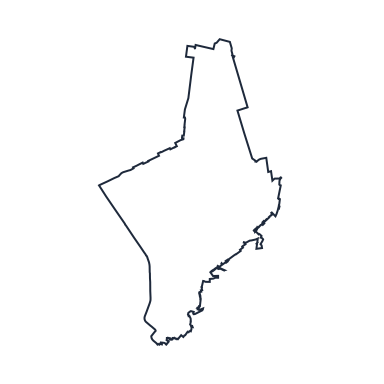 Sector 4, Bucharest, Romania, rotated 216°
{"feature_id": "2599482B40400618914194", "entity_name": "Sector 4", "entity_type": "district", "adm_level": 2, "iso_a3": "ROU", "parent_name": "Romania", "parent_adm1": "Bucharest", "projection": "mercator", "projection_center": [26.104, 44.382], "detail": "fine", "context": "isolated", "style": "outline", "palette": "slate", "viewbox_px": 384, "rotation_deg": 216, "n_neighbors": 0, "source": "geoboundaries", "source_scale": "gbopen_adm2", "svg_char_len": 5773}
<svg xmlns="http://www.w3.org/2000/svg" viewBox="0 0 384 384"><g transform="rotate(216 192 192)"><path d="M237.3,325.3L237.5,326.7L240.0,326.2L240.3,327.2L243.1,329.5L244.3,331.6L249.6,335.7L259.4,331.9L259.8,327.2L260.9,325.5L258.7,320.2L272.8,314.2L275.5,313.1L274.0,310.1L274.2,309.9L275.3,310.7L275.8,310.6L281.6,307.5L276.4,297.9L269.7,301.6L261.5,286.4L250.1,265.8L246.3,254.7L242.4,247.5L241.5,248.1L240.5,247.2L237.5,241.9L237.4,241.9L236.3,239.8L235.9,240.0L234.0,236.4L233.8,236.5L231.8,232.8L233.0,231.9L231.9,229.9L231.7,229.7L230.4,230.4L230.0,229.6L231.7,227.3L234.4,221.8L231.2,220.1L231.8,219.1L231.7,219.1L232.0,218.4L232.1,218.5L234.6,213.8L235.7,214.4L235.9,213.9L236.0,213.9L238.9,208.8L239.7,207.1L240.7,205.6L240.9,205.7L242.2,203.2L240.0,201.9L245.7,191.4L245.2,191.1L248.0,186.1L249.2,186.8L252.8,179.7L254.2,177.3L253.2,176.8L254.7,173.6L256.0,172.0L259.2,167.7L259.6,167.0L260.2,165.7L260.6,162.4L260.6,161.7L263.0,157.7L266.6,150.9L270.7,143.6L271.1,142.7L258.8,137.9L243.7,132.5L227.5,126.8L227.1,126.4L226.5,126.2L226.1,126.2L211.8,120.9L201.8,117.4L195.5,115.1L192.8,114.2L191.8,113.6L191.3,113.7L189.7,112.9L189.6,112.7L185.4,109.8L183.6,108.1L182.4,106.7L179.1,102.3L178.2,101.4L175.3,97.5L172.9,94.6L169.8,90.4L167.6,87.4L163.4,82.1L162.4,80.7L161.8,79.7L161.4,78.7L160.8,77.0L158.3,68.2L157.1,63.6L156.5,62.3L155.7,61.3L154.5,60.4L153.2,59.9L146.9,59.4L145.8,59.4L140.9,59.0L140.1,58.6L139.8,58.3L140.0,56.3L140.2,51.4L138.9,50.1L137.6,49.4L136.8,49.2L135.9,49.0L132.2,48.8L131.3,48.6L130.3,48.3L130.1,49.2L128.8,49.2L128.7,51.3L127.8,50.6L127.6,50.6L126.8,51.0L127.9,52.4L127.6,52.6L125.8,53.6L125.1,53.7L124.7,53.7L124.3,53.9L123.9,53.7L123.6,53.4L123.1,53.4L122.9,57.1L125.5,57.3L125.5,57.6L126.5,59.1L125.5,59.8L125.6,60.0L125.0,60.2L124.9,60.1L124.0,60.6L123.8,60.0L123.4,59.3L122.9,59.7L123.1,60.2L122.8,60.1L122.2,60.3L122.2,60.6L121.7,60.7L121.8,61.4L121.2,61.5L121.2,61.8L121.8,62.6L121.5,62.9L121.1,63.0L120.2,63.3L120.2,63.8L118.4,63.7L118.4,63.9L118.2,64.3L117.8,64.6L116.9,64.6L116.6,69.8L113.8,69.6L113.8,71.6L113.3,72.1L113.4,74.8L113.4,75.9L113.2,75.8L112.3,76.5L112.3,77.8L111.8,78.2L111.8,78.6L111.1,78.7L111.8,80.6L112.3,81.5L112.7,82.0L113.5,82.6L113.3,82.9L112.3,83.2L113.2,83.8L114.0,83.5L114.6,83.4L115.3,83.7L115.6,83.7L116.7,86.3L116.9,86.6L117.2,86.7L117.2,87.0L118.7,88.8L121.4,90.3L121.8,89.6L122.6,90.2L123.2,90.4L123.9,92.1L123.1,94.7L122.8,95.0L120.5,95.9L120.1,96.0L119.9,94.8L119.8,94.6L118.9,94.1L118.3,94.6L117.9,95.0L117.0,96.7L114.1,102.3L114.6,103.4L114.3,103.6L114.6,104.3L116.0,102.0L116.9,101.1L117.2,100.9L117.4,100.6L117.8,100.6L117.9,100.8L118.5,100.4L119.1,101.3L119.1,101.5L119.0,101.8L119.2,101.7L119.3,101.7L119.6,101.5L119.6,101.8L118.5,102.7L119.2,103.8L118.5,104.3L121.9,110.3L122.2,110.1L122.7,110.8L123.3,111.6L123.2,111.7L124.0,112.6L124.3,112.2L124.4,112.3L124.9,112.8L124.6,113.2L125.2,113.7L125.5,113.4L126.2,114.1L126.3,114.0L126.9,114.5L127.0,114.9L126.7,115.2L127.0,115.5L125.9,116.8L127.0,117.7L126.1,118.6L128.3,120.5L128.0,120.8L128.4,121.2L130.7,126.6L129.9,127.0L128.4,127.2L124.8,129.7L126.5,132.1L124.0,134.3L123.8,134.6L122.6,136.5L120.5,138.0L121.6,139.5L125.6,136.4L129.8,137.8L129.6,138.6L129.9,138.6L129.8,139.1L129.5,139.0L129.4,139.6L129.1,139.5L128.9,139.7L128.8,139.9L129.2,140.0L129.4,140.3L129.4,140.5L129.2,141.0L129.0,140.9L128.6,142.4L128.2,142.4L128.1,142.8L128.0,142.7L127.8,143.5L128.1,143.5L127.9,144.4L128.0,144.4L127.7,145.2L127.5,145.4L126.5,145.2L125.6,145.2L125.5,145.6L124.8,145.7L124.7,145.9L124.7,146.0L124.9,146.0L124.9,146.4L122.3,146.9L122.2,146.4L122.1,146.9L119.9,147.4L119.9,147.5L119.6,147.9L123.4,147.1L125.4,146.8L126.5,146.8L126.5,147.0L127.7,147.2L127.7,147.3L127.0,147.2L126.9,147.4L126.0,147.3L124.8,151.1L125.3,151.2L125.5,150.8L125.6,151.3L126.2,151.5L126.2,151.8L124.7,151.3L123.5,154.9L122.9,154.8L122.3,156.7L122.7,156.8L123.0,155.6L124.2,156.0L124.1,156.3L123.9,156.8L123.6,156.7L123.4,157.1L123.7,157.2L123.4,158.1L122.7,157.8L122.6,158.0L122.4,158.5L122.9,158.6L122.7,159.2L122.7,159.3L120.6,165.9L120.0,167.4L119.8,167.4L118.0,172.9L118.5,173.1L118.5,173.3L119.2,173.5L118.1,176.9L118.9,177.1L118.9,177.4L119.3,177.5L119.2,177.9L118.4,180.2L118.0,181.2L118.5,181.5L119.1,181.4L119.4,182.0L120.4,181.6L120.5,181.9L118.6,182.6L117.0,186.0L116.8,186.5L115.4,187.8L112.6,191.0L111.4,193.0L111.1,192.4L109.7,189.8L109.4,189.8L109.4,188.1L108.8,188.1L106.5,183.9L102.4,187.8L104.3,189.7L105.9,190.1L106.2,193.7L106.6,195.5L106.8,195.6L108.8,195.9L109.6,195.5L109.9,197.3L112.0,197.6L113.1,197.5L113.2,196.9L117.3,197.6L117.5,196.7L117.6,196.8L119.2,197.1L119.0,197.9L119.3,198.0L119.1,199.0L117.5,198.7L117.4,199.5L117.9,199.6L117.8,200.3L118.7,200.5L118.5,201.4L118.6,202.0L117.5,201.9L117.2,203.0L117.2,203.5L117.4,203.6L117.3,204.0L117.1,205.3L116.9,205.3L116.5,207.2L115.4,207.0L115.2,208.2L115.2,208.3L115.1,208.9L115.4,208.9L115.5,208.5L115.8,208.2L116.8,208.4L116.7,209.2L117.1,209.3L116.9,210.7L115.8,210.5L115.5,212.3L115.9,212.4L115.9,212.7L115.7,213.8L115.2,213.7L114.6,216.9L115.0,217.0L114.9,217.6L114.4,219.8L114.1,219.8L113.8,221.2L114.7,221.3L114.6,221.9L115.5,222.0L115.4,222.3L110.2,221.4L110.7,223.9L111.8,227.4L113.0,230.4L112.1,230.2L112.8,231.9L113.3,232.0L114.0,232.4L114.3,233.5L116.6,237.7L117.1,237.5L117.1,237.9L117.6,237.9L118.6,237.5L123.8,248.9L124.1,249.5L125.1,249.2L125.7,249.3L127.7,252.3L127.9,252.8L128.3,254.8L128.0,256.7L128.3,256.1L128.9,255.9L129.0,255.0L129.2,254.2L129.6,253.8L130.1,253.6L133.1,251.3L133.6,248.4L140.3,255.3L142.1,253.0L152.0,263.3L155.8,259.3L156.2,258.7L156.8,257.6L157.1,256.7L157.4,255.4L157.6,254.3L158.4,254.0L158.4,254.6L163.0,254.5L184.6,270.5L198.9,281.4L203.1,284.6L196.8,293.2L238.1,325.0L237.3,325.3Z" fill="none" stroke="#1e293b" stroke-width="2"/></g></svg>